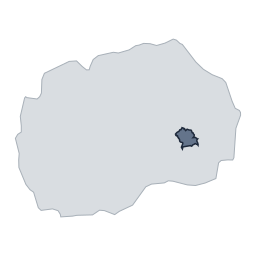 location of Konche, Konče, North Macedonia
{"feature_id": "65306769B3097110342626", "entity_name": "Konche", "entity_type": "district", "adm_level": 2, "iso_a3": "MKD", "parent_name": "North Macedonia", "parent_adm1": "Konče", "projection": "mercator", "projection_center": [22.397, 41.52], "detail": "fine", "context": "in_parent", "style": "filled", "palette": "slate", "viewbox_px": 256, "rotation_deg": 0, "n_neighbors": 0, "source": "geoboundaries", "source_scale": "gbopen_adm2", "svg_char_len": 1849}
<svg xmlns="http://www.w3.org/2000/svg" viewBox="0 0 256 256"><path d="M113.5,52.3L118.4,53.0L129.1,49.9L135.7,45.7L139.1,45.1L143.6,43.4L150.1,43.7L156.6,45.5L165.0,43.1L173.2,39.1L176.4,40.1L180.0,43.5L182.3,44.4L195.9,62.1L203.4,69.3L212.2,74.7L222.2,78.7L225.8,82.5L232.1,101.2L235.2,108.3L239.4,110.5L240.5,112.5L240.6,115.2L235.9,128.3L233.9,157.7L232.7,160.0L227.7,159.9L221.1,160.5L218.6,162.8L215.9,178.5L205.2,183.0L195.5,185.5L187.3,184.9L173.0,181.2L168.3,180.8L164.3,182.9L151.5,184.1L145.8,186.8L132.6,205.1L119.2,211.4L114.7,214.6L104.4,210.6L99.5,210.2L92.5,214.9L76.9,215.3L72.7,216.1L60.8,216.9L60.3,214.3L58.1,210.7L52.5,208.9L41.1,210.4L38.3,207.7L33.6,192.2L30.0,189.7L25.9,184.4L18.9,167.5L18.7,160.0L19.2,153.5L15.4,138.3L17.7,134.4L21.3,132.0L21.3,125.8L20.3,116.4L24.6,98.0L25.7,96.7L26.8,97.6L37.1,99.0L39.7,96.7L41.4,93.1L41.9,79.5L44.4,73.3L69.2,61.4L76.5,60.9L82.1,66.4L86.5,69.9L89.2,69.8L90.2,66.3L93.2,59.5L98.3,55.6L113.3,52.3L113.5,52.3Z" fill="#d9dde1" stroke="#a8b0b8" stroke-width="1"/><path d="M182.4,149.0L182.9,146.9L190.5,145.6L191.3,146.2L192.3,145.7L192.3,145.3L192.6,145.0L194.3,144.2L195.0,143.6L195.5,143.6L196.4,144.3L197.5,144.5L198.0,145.2L198.1,144.1L197.7,143.6L197.7,142.9L196.8,141.1L196.9,139.9L197.6,139.0L197.1,139.0L196.9,138.5L195.2,137.4L193.1,137.6L194.0,136.6L194.3,134.9L193.3,133.7L193.2,133.0L192.2,132.7L191.5,130.8L191.0,130.1L189.1,130.0L187.1,129.2L185.7,130.6L184.9,129.6L184.8,129.0L184.3,128.6L184.0,129.0L183.2,128.0L182.1,127.7L182.1,128.1L181.5,128.5L181.0,129.7L179.7,129.9L179.5,130.6L178.9,131.3L176.9,132.5L175.5,134.1L175.9,134.6L175.9,135.3L176.4,135.2L177.0,136.1L177.5,135.9L177.7,137.0L178.4,137.6L178.5,138.3L178.9,138.5L179.5,139.5L179.7,141.1L180.4,142.0L182.6,142.6L182.8,143.7L181.4,147.2L182.4,149.0Z" fill="#64748b" stroke="#1e293b" stroke-width="1.5"/></svg>